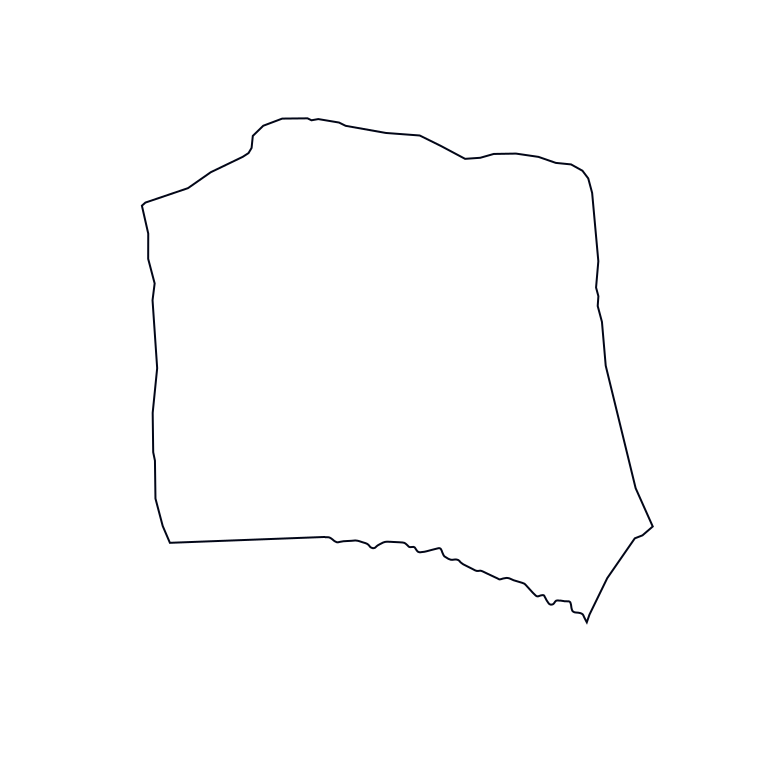 San Pedro Necta, Huehuetenango, Guatemala, rotated 165°
{"feature_id": "79465075B78521623494839", "entity_name": "San Pedro Necta", "entity_type": "district", "adm_level": 2, "iso_a3": "GTM", "parent_name": "Guatemala", "parent_adm1": "Huehuetenango", "projection": "orthographic", "projection_center": [-91.759, 15.532], "detail": "fine", "context": "isolated", "style": "outline", "palette": "ink", "viewbox_px": 768, "rotation_deg": 165, "n_neighbors": 0, "source": "geoboundaries", "source_scale": "gbopen_adm2", "svg_char_len": 2566}
<svg xmlns="http://www.w3.org/2000/svg" viewBox="0 0 768 768"><g transform="rotate(165 384 384)"><path d="M571.7,618.9L572.8,590.3L579.4,565.9L579.5,540.5L585.9,524.8L599.0,458.0L614.9,416.0L624.6,377.8L625.1,369.2L634.4,332.5L634.5,304.1L631.9,286.0L480.9,251.6L480.1,251.1L478.5,250.7L477.0,250.2L476.0,249.5L475.1,248.6L473.9,247.1L472.9,245.6L472.1,244.7L470.6,243.4L469.5,243.0L467.1,242.9L463.8,242.6L455.7,240.9L452.2,240.3L450.0,239.4L448.6,238.6L445.7,236.7L443.1,235.1L441.7,234.0L440.8,232.9L440.3,232.0L439.4,230.0L438.5,229.1L437.1,228.2L435.7,228.1L434.9,228.2L433.1,229.2L431.6,229.8L429.6,230.3L425.9,231.1L423.9,231.2L421.9,230.9L420.6,230.5L418.0,229.7L415.6,228.9L410.6,227.3L407.1,226.1L405.5,225.3L404.7,224.5L403.9,223.4L402.9,221.8L402.2,220.5L401.5,219.9L400.7,219.6L399.1,219.3L397.6,219.0L397.1,218.6L396.6,218.1L396.2,217.0L395.8,215.7L395.3,214.4L394.7,213.3L393.8,212.6L392.8,212.1L390.4,211.8L388.5,211.5L385.9,211.4L380.9,211.4L374.0,211.3L372.8,211.0L372.1,210.4L371.8,209.9L371.4,208.1L371.3,206.4L370.8,203.3L370.3,201.9L367.0,198.4L365.0,197.0L363.6,196.5L360.7,196.1L359.2,195.6L357.8,194.7L356.9,193.5L356.3,192.1L355.4,190.9L354.2,189.4L351.2,186.7L346.7,182.7L344.1,180.3L342.7,179.4L341.1,179.0L339.4,178.8L338.2,178.2L336.9,177.2L333.3,174.1L326.8,168.6L325.0,167.1L323.4,165.6L322.8,165.3L321.5,165.2L319.3,165.3L316.0,165.0L314.7,164.6L313.2,163.8L311.8,162.7L309.6,160.9L302.0,156.2L300.0,154.7L299.1,153.2L294.3,143.9L292.1,140.2L291.1,139.3L290.2,139.0L287.2,139.2L285.3,139.0L284.4,138.6L284.0,137.9L283.9,137.2L283.5,135.6L282.9,132.9L281.8,129.7L281.2,128.6L280.2,127.8L279.0,127.5L278.1,127.5L277.3,127.7L276.4,128.3L275.0,129.5L273.9,130.1L272.9,130.1L271.9,129.9L270.8,129.4L269.5,129.1L268.2,128.5L266.8,127.9L265.8,127.4L263.7,126.8L261.7,126.2L261.2,125.8L260.6,125.0L260.5,124.1L260.5,122.3L260.9,119.1L260.9,117.1L260.6,115.7L259.9,114.9L259.1,114.2L258.0,113.7L255.5,112.8L253.5,111.8L252.5,111.0L251.7,110.1L251.3,108.9L251.1,107.4L250.6,104.9L250.0,102.1L249.8,101.3L245.2,108.1L218.6,138.7L181.7,170.0L173.5,170.9L161.3,176.8L167.9,218.2L165.1,344.3L157.4,387.6L157.4,404.0L154.2,413.3L154.2,422.3L145.2,447.1L133.5,514.7L133.5,529.7L137.1,538.6L146.5,547.7L160.8,553.1L176.0,563.4L196.9,572.4L218.4,577.8L232.5,577.6L247.4,580.5L267.1,598.9L285.2,614.8L317.2,626.0L354.2,643.3L359.8,648.2L378.9,656.9L385.8,657.5L389.1,660.4L413.6,666.7L433.8,664.7L446.5,657.6L450.8,646.3L455.1,642.1L461.6,640.0L496.5,633.4L522.7,623.9L567.5,621.0L571.7,618.9Z" fill="none" stroke="#020617" stroke-width="2"/></g></svg>